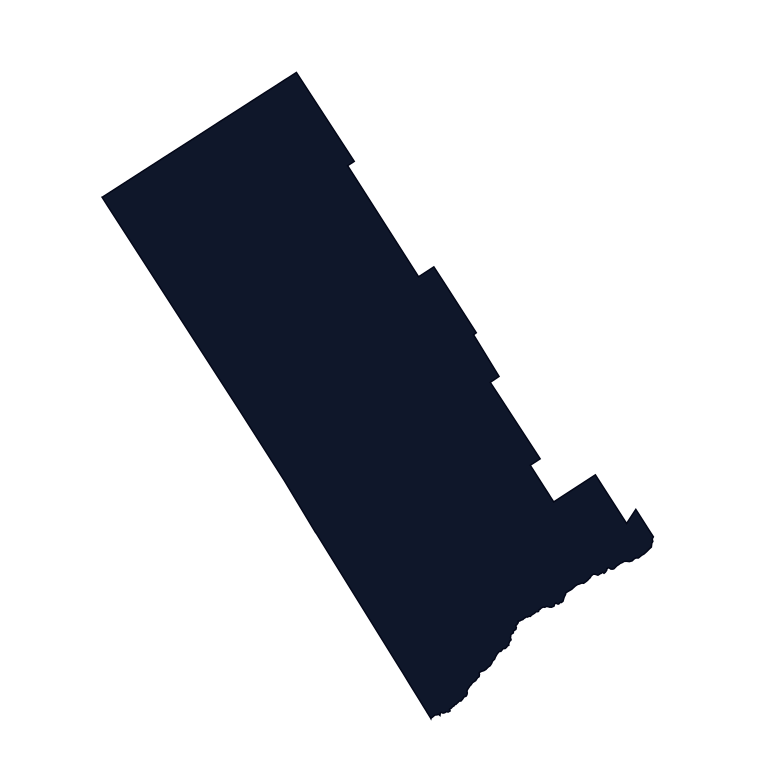 the district of Alberdi, Santiago del Estero, Argentina, rotated 237°
{"feature_id": "61730980B98253632785456", "entity_name": "Alberdi", "entity_type": "district", "adm_level": 2, "iso_a3": "ARG", "parent_name": "Argentina", "parent_adm1": "Santiago del Estero", "projection": "equal_earth", "projection_center": [-63.373, -26.57], "detail": "fine", "context": "isolated", "style": "filled", "palette": "ink", "viewbox_px": 768, "rotation_deg": 237, "n_neighbors": 0, "source": "geoboundaries", "source_scale": "gbopen_adm2", "svg_char_len": 3372}
<svg xmlns="http://www.w3.org/2000/svg" viewBox="0 0 768 768"><g transform="rotate(237 384 384)"><path d="M694.2,249.3L693.7,249.3L683.8,249.2L513.9,248.7L440.3,248.5L428.7,248.4L356.8,247.8L296.5,245.7L296.4,245.9L278.5,245.5L139.6,242.6L132.0,242.5L125.4,242.3L122.4,242.2L118.4,242.1L114.2,242.0L104.3,241.8L100.0,241.7L99.8,241.7L92.4,241.5L86.8,241.4L85.3,241.3L84.9,241.3L83.7,241.3L79.6,241.2L78.7,241.2L77.7,241.1L78.2,241.7L78.2,243.3L78.5,245.1L78.5,246.8L77.6,248.2L77.5,249.4L76.7,250.0L75.5,250.4L76.7,251.4L77.5,252.1L77.5,253.1L76.5,253.7L75.8,254.3L75.2,255.9L75.3,257.6L74.8,258.2L73.9,259.2L73.8,261.4L75.5,261.8L75.5,263.9L76.0,265.7L75.9,267.5L76.6,268.5L76.1,269.8L76.4,270.8L76.6,272.4L77.1,274.4L76.2,275.9L76.9,278.3L77.9,280.5L77.5,283.0L78.3,284.4L79.5,285.6L80.9,286.2L81.6,286.6L82.7,288.6L83.4,290.3L84.0,291.5L84.2,292.9L85.3,295.6L85.3,298.0L85.3,299.4L85.9,300.6L86.6,302.3L86.7,302.5L86.7,304.3L88.4,305.9L89.8,306.3L90.1,307.7L89.8,309.6L89.2,311.6L89.1,314.1L89.5,315.3L89.5,315.8L89.7,316.4L89.9,317.9L89.9,319.6L91.1,322.2L92.4,324.0L93.0,326.9L94.3,328.7L95.8,331.5L96.4,333.2L96.9,335.0L96.1,336.4L96.7,338.4L97.2,339.5L96.2,341.5L96.4,343.3L97.0,344.6L97.0,346.6L98.0,346.8L98.4,347.5L98.5,347.6L99.8,349.2L99.9,350.6L100.0,350.7L100.3,351.3L101.6,351.7L102.7,352.1L103.4,352.9L104.8,353.9L104.8,354.9L104.8,356.9L106.3,357.9L106.3,359.4L106.4,361.0L107.7,362.4L109.7,362.8L109.7,364.0L110.7,366.5L112.1,367.3L111.7,368.1L111.3,368.7L111.3,370.1L110.8,372.2L111.1,373.4L111.1,375.2L111.1,376.7L110.3,377.5L110.3,378.9L109.3,380.3L109.8,381.4L109.8,383.2L109.8,385.4L109.8,385.8L110.3,387.1L109.6,388.3L109.1,389.7L110.1,390.9L110.1,392.4L110.4,393.2L110.4,395.0L110.1,396.2L109.1,397.3L109.1,398.7L108.3,399.9L106.6,401.4L105.5,403.0L105.2,404.9L105.1,405.6L106.6,407.3L106.6,408.9L105.0,409.7L104.3,410.7L104.9,412.6L104.1,413.8L104.3,415.8L107.0,418.9L108.7,421.7L109.8,422.7L109.8,423.9L109.8,424.3L109.8,425.6L109.6,428.3L109.6,429.9L109.9,431.5L110.4,434.6L110.4,437.2L109.9,438.6L109.3,441.5L108.1,442.9L108.3,446.6L108.6,448.4L109.1,450.1L109.2,451.3L110.2,453.3L110.5,455.8L109.5,457.4L108.1,458.5L107.1,459.3L107.1,462.9L106.9,462.5L107.0,464.9L105.4,465.4L105.6,467.1L106.5,469.3L107.7,470.5L107.7,471.4L107.7,472.1L106.7,472.9L105.4,473.3L104.5,474.4L104.0,475.4L103.8,476.3L104.6,479.8L104.7,480.3L104.7,482.5L104.9,484.4L104.5,486.4L104.4,488.9L103.2,490.9L101.4,493.0L100.5,495.8L101.0,498.3L101.0,500.3L99.5,502.7L100.0,506.8L99.8,509.5L100.4,513.2L101.2,516.8L101.6,519.4L104.7,522.0L105.5,523.7L108.0,524.6L109.1,526.7L118.5,526.7L127.5,526.8L141.7,526.9L141.1,525.5L138.7,520.1L134.9,511.5L155.7,511.6L179.4,511.7L192.7,511.8L192.7,506.8L192.7,506.1L192.7,484.3L192.7,472.8L192.7,462.1L192.8,462.1L198.6,462.1L202.1,462.2L204.1,462.2L209.9,462.2L236.2,462.4L236.2,474.2L287.6,474.1L307.7,474.1L327.5,474.0L327.7,484.6L371.6,485.8L376.5,485.9L376.7,489.3L434.8,489.6L454.9,489.6L455.1,489.6L455.1,489.3L455.1,471.4L586.9,472.4L586.9,480.3L671.5,480.2L679.7,480.2L691.7,480.2L692.3,480.2L693.0,480.2L693.0,476.8L693.0,472.9L693.0,471.3L693.0,470.8L693.1,467.0L693.1,460.0L693.1,452.9L693.2,444.5L693.3,427.6L693.3,418.1L693.5,390.2L693.5,374.2L693.6,351.2L693.8,321.2L693.8,314.7L693.9,298.4L694.1,251.7L694.1,250.9L694.1,250.7L694.1,249.6L694.2,249.3Z" fill="#0f172a" stroke="#020617" stroke-width="1.5"/></g></svg>